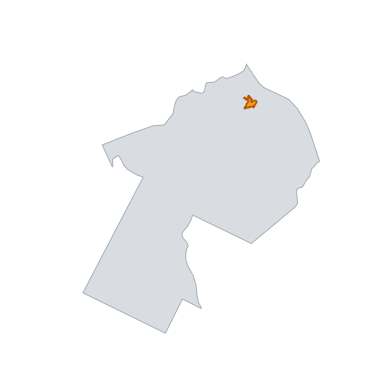 Pueblo Nuevo Viñas, Santa Rosa, Guatemala (highlighted), rotated 206°
{"feature_id": "79465075B34201935898883", "entity_name": "Pueblo Nuevo Viñas", "entity_type": "district", "adm_level": 2, "iso_a3": "GTM", "parent_name": "Guatemala", "parent_adm1": "Santa Rosa", "projection": "equal_earth", "projection_center": [-90.498, 14.233], "detail": "fine", "context": "in_parent", "style": "filled", "palette": "amber", "viewbox_px": 384, "rotation_deg": 206, "n_neighbors": 0, "source": "geoboundaries", "source_scale": "gbopen_adm2", "svg_char_len": 4498}
<svg xmlns="http://www.w3.org/2000/svg" viewBox="0 0 384 384"><g transform="rotate(206 192 192)"><path d="M90.7,275.4L92.0,273.6L93.1,269.6L94.5,265.5L93.7,260.7L93.2,256.8L94.7,251.1L94.6,246.9L95.3,244.3L97.7,242.6L98.9,239.4L92.3,228.3L92.4,225.7L93.2,222.6L98.6,210.7L104.9,196.6L111.9,181.0L116.1,171.7L131.4,171.7L141.5,171.7L154.3,171.6L168.3,171.6L177.5,171.6L181.2,171.5L180.6,165.4L181.1,158.7L182.7,152.6L182.7,149.9L180.0,146.6L174.7,144.7L171.8,141.8L171.8,138.1L170.5,133.7L167.9,128.4L162.6,123.1L154.6,117.6L147.7,110.3L142.1,101.1L137.3,95.1L133.6,92.7L132.8,91.3L143.5,91.5L153.7,91.6L153.8,78.4L153.9,66.7L154.0,53.4L172.4,53.5L194.5,53.5L217.3,53.5L235.3,53.5L245.8,53.5L245.4,69.9L244.9,88.9L244.5,102.9L244.0,121.6L243.5,140.7L242.8,166.8L242.3,183.6L242.6,184.0L248.6,183.2L257.5,183.9L259.7,183.9L262.4,185.3L264.5,185.8L269.1,189.6L274.4,192.5L277.8,186.7L276.0,183.2L274.6,181.4L274.8,179.8L293.3,194.9L291.2,197.2L286.5,202.5L278.0,211.7L270.4,219.9L263.0,227.3L256.4,234.1L255.6,234.7L247.3,239.5L245.9,241.7L244.1,251.2L243.2,253.5L244.8,258.8L246.3,267.0L245.8,271.2L240.0,276.4L237.4,281.2L236.2,284.2L235.2,283.4L233.3,283.2L229.2,284.4L227.2,284.6L225.5,286.0L225.3,288.9L226.5,293.7L226.9,296.1L225.7,297.3L220.6,300.1L218.6,302.9L216.6,307.3L214.4,309.2L212.0,308.8L210.4,309.5L206.8,312.8L201.5,319.1L198.6,323.9L198.6,327.4L199.1,330.6L179.6,319.3L173.1,317.4L145.8,317.7L134.1,313.2L120.7,304.7L111.7,297.0L90.7,275.4Z" fill="#d9dde1" stroke="#a8b0b8" stroke-width="1"/><path d="M178.3,292.7L178.2,292.7L178.1,292.8L178.0,293.0L177.9,293.0L177.7,293.2L177.7,293.3L177.5,293.2L177.5,293.3L177.4,293.5L177.2,293.5L177.2,293.8L177.2,294.1L176.9,294.2L176.8,294.3L176.7,294.3L176.4,294.4L176.3,294.5L176.2,294.7L176.2,294.8L175.9,294.8L175.7,294.9L175.6,295.0L175.5,294.9L175.4,294.9L175.3,295.0L175.2,295.0L174.9,295.2L174.9,295.3L174.8,295.5L174.7,295.5L174.5,295.9L174.5,296.0L174.4,296.0L174.1,296.0L173.9,295.9L173.9,295.6L174.0,295.2L173.9,295.0L173.8,294.9L173.7,294.9L173.7,295.0L173.6,295.3L173.5,295.9L173.4,295.9L173.4,296.0L173.3,296.3L173.3,296.5L173.8,296.8L173.9,297.0L173.7,297.2L173.7,297.3L173.7,297.5L173.7,297.8L173.6,298.0L173.5,298.3L173.4,298.4L173.3,298.5L173.4,299.0L173.4,299.3L173.5,299.5L173.5,299.8L173.4,299.9L173.3,300.3L173.2,300.5L173.2,300.8L173.1,301.0L173.3,301.1L173.5,301.3L173.7,301.8L173.8,302.0L174.0,302.0L174.5,302.1L174.8,302.2L175.0,302.2L175.4,302.0L175.5,301.9L175.7,301.7L175.8,301.6L176.1,301.5L176.3,301.5L176.4,301.4L176.5,301.2L176.6,300.8L176.7,300.6L177.0,300.2L177.3,299.9L177.3,299.7L177.4,299.3L177.5,299.0L177.8,298.9L178.0,298.9L178.1,299.0L178.5,299.4L178.6,299.5L178.7,299.9L178.7,300.7L178.7,300.8L178.6,301.0L178.6,301.3L178.5,301.5L178.9,301.8L179.0,301.7L179.3,301.3L179.4,301.2L179.6,301.3L179.7,301.6L179.8,301.7L180.0,301.7L180.4,301.6L180.5,301.7L180.5,301.8L180.8,302.0L180.8,302.4L180.8,302.5L181.0,302.7L181.4,302.3L181.6,302.3L181.7,302.1L181.8,302.0L181.8,301.9L181.9,302.0L181.9,302.4L181.9,302.5L182.1,302.8L182.2,303.0L182.3,303.0L182.6,303.3L182.9,303.5L183.2,303.6L183.3,303.5L183.4,303.4L183.5,303.4L183.6,303.2L183.6,302.6L183.5,302.4L183.5,302.2L183.4,302.1L182.9,301.9L182.8,301.7L182.8,301.4L182.8,301.2L182.9,300.9L183.2,300.6L183.4,300.4L183.6,300.2L183.8,300.1L183.9,299.9L184.0,299.9L184.1,300.0L184.4,300.0L184.5,300.0L184.8,300.1L185.0,300.1L185.3,300.0L185.5,300.2L186.0,300.2L186.3,300.1L186.4,299.9L186.5,299.7L186.6,299.4L186.6,299.2L186.4,299.0L186.1,299.1L185.9,299.2L185.7,299.2L185.4,299.2L185.1,299.0L184.6,299.2L184.5,298.9L184.2,298.8L183.8,298.7L183.7,298.6L183.3,298.7L183.2,298.7L182.9,298.7L182.7,298.7L182.5,298.8L182.4,299.0L182.2,299.3L181.8,299.2L181.7,299.1L181.6,298.9L181.5,298.6L181.1,298.0L181.0,297.8L181.0,297.6L181.1,297.4L181.2,297.0L181.3,296.6L181.3,296.4L181.4,296.2L181.6,295.6L181.6,295.2L181.3,294.5L181.3,294.4L181.4,294.1L181.6,293.8L181.6,293.7L181.5,293.4L181.3,293.0L181.4,292.7L181.2,292.8L181.1,292.7L181.0,292.3L181.0,292.1L181.2,291.7L181.3,291.5L181.3,291.1L181.3,290.8L181.4,290.6L181.5,290.5L181.6,290.4L181.6,290.2L181.4,290.0L181.4,289.9L181.5,289.9L181.4,289.7L181.4,289.8L181.4,290.0L181.3,290.3L181.2,290.5L181.1,290.8L180.9,290.8L181.0,290.9L180.9,290.9L180.9,291.0L180.7,291.1L180.4,291.1L180.2,291.1L180.0,291.4L180.0,291.6L180.0,291.9L180.0,292.0L179.9,292.1L179.7,292.1L179.3,292.0L179.2,292.0L178.9,292.3L178.7,292.3L178.6,292.5L178.4,292.6L178.3,292.7Z" fill="#f59e0b" stroke="#b45309" stroke-width="1.5"/></g></svg>